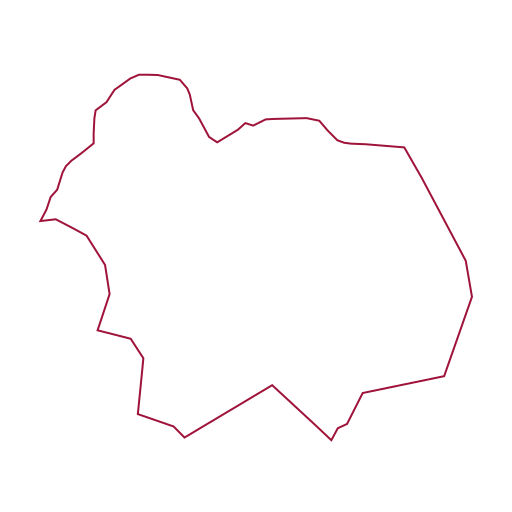 Tenente Ananias, Rio Grande do Norte, Brazil (Mercator projection), rotated 176°
{"feature_id": "56859067B6305707048809", "entity_name": "Tenente Ananias", "entity_type": "district", "adm_level": 2, "iso_a3": "BRA", "parent_name": "Brazil", "parent_adm1": "Rio Grande do Norte", "projection": "mercator", "projection_center": [-38.141, -6.442], "detail": "fine", "context": "isolated", "style": "outline", "palette": "rose", "viewbox_px": 512, "rotation_deg": 176, "n_neighbors": 0, "source": "geoboundaries", "source_scale": "gbopen_adm2", "svg_char_len": 887}
<svg xmlns="http://www.w3.org/2000/svg" viewBox="0 0 512 512"><g transform="rotate(176 256 256)"><path d="M340.0,79.9L248.9,126.0L207.6,82.1L193.7,67.0L186.4,78.5L176.9,82.1L159.1,111.9L76.7,123.0L43.4,200.2L47.1,236.6L85.1,322.1L100.5,354.0L139.3,359.9L153.1,361.4L160.1,362.8L166.8,365.8L175.7,376.1L183.4,386.5L195.8,390.0L228.9,391.5L236.8,391.6L249.7,386.3L257.4,389.3L265.3,383.2L286.8,372.1L294.5,378.0L303.1,397.1L308.5,405.8L310.8,421.7L312.9,428.0L319.7,437.1L341.4,443.4L352.7,444.5L360.1,445.0L368.9,441.9L385.6,431.6L394.4,419.9L405.8,412.5L407.6,404.8L409.4,389.6L410.1,379.7L422.9,370.8L433.6,363.9L439.4,358.8L443.1,352.9L449.7,336.0L456.7,329.2L461.8,316.9L468.6,305.9L453.2,306.6L435.3,295.6L423.6,288.1L407.2,257.6L404.7,228.2L419.2,192.9L386.8,182.2L375.5,161.9L377.2,151.6L384.9,106.5L350.1,91.7L340.0,79.9Z" fill="none" stroke="#9f1239" stroke-width="2"/></g></svg>